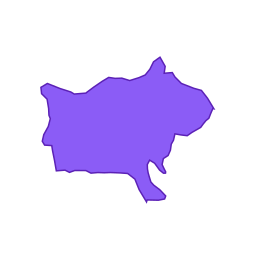 the district of Mousere, Paphos, Cyprus, rotated 239°
{"feature_id": "46923920B16150437689727", "entity_name": "Mousere", "entity_type": "district", "adm_level": 2, "iso_a3": "CYP", "parent_name": "Cyprus", "parent_adm1": "Paphos", "projection": "robinson", "projection_center": [32.705, 34.764], "detail": "fine", "context": "isolated", "style": "filled", "palette": "violet", "viewbox_px": 256, "rotation_deg": 239, "n_neighbors": 0, "source": "geoboundaries", "source_scale": "gbopen_adm2", "svg_char_len": 1218}
<svg xmlns="http://www.w3.org/2000/svg" viewBox="0 0 256 256"><g transform="rotate(239 128 128)"><path d="M100.3,211.5L109.0,211.5L112.5,211.5L122.4,210.3L128.1,204.9L138.7,196.7L147.6,194.5L152.7,194.5L156.3,187.2L161.7,191.6L172.2,191.9L172.2,191.6L171.6,184.0L167.1,177.0L164.6,170.1L165.5,163.4L167.8,153.9L173.9,148.4L177.2,142.5L181.3,137.5L181.3,130.0L180.7,119.8L179.8,111.0L179.6,109.9L184.8,99.4L188.2,97.6L189.3,96.7L196.8,90.1L207.7,81.8L207.7,74.3L201.9,71.6L194.4,73.5L185.6,70.0L179.6,66.8L176.0,66.2L170.4,60.5L165.7,52.4L160.8,47.7L156.3,47.7L152.2,53.6L147.3,51.6L138.3,48.4L128.2,44.5L124.3,52.3L120.1,55.0L119.0,60.5L113.2,70.0L108.4,73.0L105.3,79.3L101.9,84.5L99.0,89.8L93.7,97.9L89.2,104.3L80.6,107.6L69.4,105.8L55.1,105.8L56.5,107.3L50.5,116.8L50.4,117.0L48.3,122.8L50.3,125.3L58.5,123.5L65.8,120.6L70.0,119.8L75.6,121.2L79.3,122.2L82.9,123.6L86.7,125.7L89.3,130.0L84.1,132.7L75.7,133.4L71.0,135.1L70.0,136.9L71.0,137.7L74.1,137.9L79.1,138.4L83.6,142.6L83.8,148.2L87.1,152.9L91.9,156.8L94.1,160.7L98.8,165.2L94.9,169.7L90.9,174.8L91.3,180.6L91.1,190.7L92.6,194.2L94.2,198.6L94.7,202.3L97.4,205.8L99.1,208.1L101.0,210.8L100.3,211.5Z" fill="#8b5cf6" stroke="#5b21b6" stroke-width="1.5"/></g></svg>